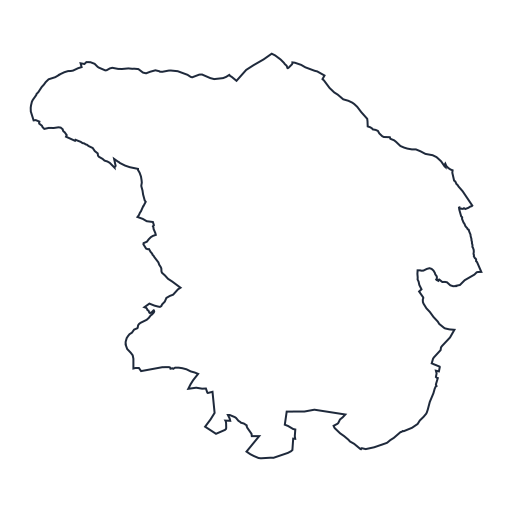 outline of Geaca, Cluj, Romania
{"feature_id": "2599482B49870683085634", "entity_name": "Geaca", "entity_type": "district", "adm_level": 2, "iso_a3": "ROU", "parent_name": "Romania", "parent_adm1": "Cluj", "projection": "mercator", "projection_center": [24.058, 46.874], "detail": "fine", "context": "isolated", "style": "outline", "palette": "slate", "viewbox_px": 512, "rotation_deg": 0, "n_neighbors": 0, "source": "geoboundaries", "source_scale": "gbopen_adm2", "svg_char_len": 5984}
<svg xmlns="http://www.w3.org/2000/svg" viewBox="0 0 512 512"><path d="M402.8,431.0L403.7,431.2L412.0,427.8L417.6,424.0L419.8,420.5L423.6,416.8L426.2,413.7L426.8,412.5L427.8,409.5L429.8,401.9L433.4,393.3L434.7,388.7L435.8,386.3L436.5,386.0L435.9,384.4L437.8,378.1L436.8,377.8L435.9,377.0L436.6,373.4L435.9,370.7L438.9,371.4L439.8,367.0L439.6,366.6L431.7,363.4L433.0,358.8L433.8,357.5L440.6,350.1L441.0,347.4L442.0,346.0L450.0,337.5L454.4,329.8L449.5,329.4L445.0,328.4L444.0,327.8L439.2,323.9L437.8,321.6L433.5,317.0L429.8,311.9L426.4,308.3L423.5,303.6L422.9,302.0L422.8,299.6L423.3,297.9L423.2,297.4L419.1,291.5L421.5,289.3L419.3,284.9L418.6,281.6L417.6,279.5L417.7,277.4L417.4,273.9L417.6,270.3L420.1,270.3L421.2,270.7L423.4,270.6L426.9,268.9L429.5,268.2L431.6,268.9L433.5,270.6L434.9,273.0L435.3,274.4L436.6,276.1L436.9,277.1L436.8,278.8L436.2,279.5L436.6,280.0L438.3,280.8L438.5,279.8L439.2,279.5L442.3,282.0L445.0,281.9L447.0,282.3L450.3,285.3L453.1,286.2L456.3,286.1L456.3,285.7L459.9,285.0L464.7,280.2L474.4,274.6L476.7,272.3L478.0,272.0L481.3,271.9L477.0,262.0L476.1,261.2L476.1,259.3L475.4,258.4L474.9,258.2L473.8,256.2L474.0,255.1L473.5,253.9L473.8,251.9L473.7,249.9L472.9,247.6L472.4,246.9L472.5,245.1L471.9,243.1L472.0,242.1L471.4,239.9L471.5,239.2L470.6,236.0L470.5,234.6L469.2,231.5L468.7,229.7L467.7,229.3L467.3,228.3L465.5,226.3L464.3,223.5L463.6,222.7L462.0,218.8L462.2,217.7L462.1,217.2L461.2,216.4L459.3,209.7L459.0,207.6L459.5,207.4L459.9,208.7L461.4,208.6L462.0,208.9L463.4,208.7L464.0,208.2L465.3,209.0L468.4,207.8L470.2,206.6L471.7,206.2L472.3,205.6L462.6,191.2L458.6,186.6L457.5,184.9L456.5,184.1L455.3,181.5L454.1,180.6L452.3,172.7L452.6,170.3L450.5,169.5L448.3,168.0L446.3,166.0L445.3,163.6L445.0,164.1L445.0,165.6L445.3,167.0L444.6,166.4L441.1,161.3L438.2,158.6L436.5,157.1L432.6,155.2L425.4,153.9L420.5,151.3L415.9,149.4L411.9,149.4L407.4,148.6L404.1,147.6L400.4,146.0L396.0,141.8L394.1,140.3L390.4,138.8L389.8,137.2L383.8,137.0L382.2,136.2L379.3,133.4L377.9,130.9L375.6,129.9L372.8,129.4L372.0,128.4L370.3,127.3L367.7,126.4L367.5,121.2L367.2,118.8L361.3,112.2L357.2,106.8L354.2,104.0L352.2,102.6L348.4,100.8L343.2,99.3L337.7,94.6L334.2,92.4L329.6,88.0L324.0,80.5L322.5,79.1L324.5,75.5L317.2,71.4L314.7,70.8L305.3,67.3L301.2,64.9L294.8,62.7L292.4,62.4L292.4,63.4L292.0,64.3L288.7,67.6L287.8,68.2L287.5,68.1L286.6,65.7L284.8,64.1L283.9,62.8L280.6,59.5L275.1,55.4L271.7,53.7L263.6,59.4L253.5,65.2L246.2,69.9L236.5,80.8L231.5,76.7L230.3,76.1L229.3,74.9L226.1,76.9L223.1,78.1L214.2,79.1L210.3,78.1L202.0,74.5L199.3,74.6L192.2,77.3L190.7,76.9L187.5,74.8L177.7,71.2L170.6,70.5L168.6,70.6L162.3,71.8L159.9,71.7L159.2,71.2L155.4,70.3L150.3,71.7L146.1,73.3L143.0,72.6L138.4,69.1L134.3,68.7L132.2,68.8L128.4,68.4L121.9,69.0L118.1,68.9L112.3,67.8L109.9,68.4L106.7,70.2L105.3,70.4L98.6,67.5L97.6,66.8L94.6,63.8L90.4,62.2L86.4,62.1L84.4,64.0L80.6,63.3L81.6,67.1L78.1,68.2L73.0,70.6L70.7,71.0L68.0,71.1L64.4,72.2L59.1,74.7L59.2,74.9L55.2,77.2L48.6,79.3L45.7,82.1L43.9,84.6L41.7,87.0L38.3,92.2L36.6,93.9L36.2,95.1L32.8,99.9L31.9,101.7L31.0,105.5L30.7,107.8L30.8,111.5L33.6,120.4L35.7,120.1L39.4,121.6L39.1,122.8L39.2,123.6L41.9,125.7L42.6,127.2L44.3,128.9L48.8,127.9L53.7,128.0L58.5,127.3L60.7,127.6L62.7,129.3L63.0,130.5L63.4,131.3L64.7,132.3L66.7,135.1L66.0,136.7L75.0,140.8L75.5,139.8L80.8,141.9L82.5,143.1L84.2,143.4L85.7,144.4L87.1,144.8L88.5,146.0L92.7,148.0L94.8,151.1L97.7,153.4L98.0,155.6L98.8,156.7L102.6,158.9L104.5,160.6L107.4,161.5L109.7,162.8L114.5,167.6L114.4,166.9L115.3,166.5L115.6,165.8L114.1,158.9L117.9,161.6L118.8,162.0L119.7,162.9L125.1,165.6L129.8,167.2L138.0,168.9L138.0,170.0L139.6,172.7L141.0,176.6L141.6,180.4L141.8,182.7L141.3,185.6L141.4,186.5L142.5,190.5L143.1,194.5L144.7,200.4L145.7,201.8L143.4,206.2L143.2,206.2L140.9,211.4L140.0,212.6L138.9,215.1L137.5,217.0L142.8,218.9L146.7,221.2L152.9,222.0L153.9,225.2L152.9,226.3L153.4,227.3L153.6,229.0L155.3,233.0L155.8,234.9L152.9,235.9L150.9,237.1L148.7,239.3L146.9,241.7L143.6,243.1L143.4,244.3L146.1,248.6L147.7,249.2L149.0,249.1L150.6,251.9L152.2,253.7L152.4,254.6L153.8,256.1L154.2,256.9L158.4,262.4L159.2,264.7L160.7,267.0L161.3,268.4L161.5,271.6L162.0,272.8L164.9,275.4L168.0,278.8L172.3,281.6L180.5,287.7L178.0,289.3L173.1,294.7L169.9,295.9L166.4,297.9L164.8,301.6L162.1,304.4L161.3,306.1L159.9,306.9L157.8,306.5L154.4,305.6L149.4,303.6L144.4,307.2L146.1,307.8L146.9,308.7L147.5,310.1L148.5,310.6L149.3,312.6L150.0,313.1L151.9,312.1L153.6,310.3L153.9,310.4L154.2,311.5L153.8,312.5L152.1,314.4L150.7,315.4L148.8,317.9L146.7,319.8L140.6,322.8L139.1,323.9L138.1,325.3L137.7,327.6L137.4,328.2L134.1,329.6L131.9,332.7L129.5,334.2L128.0,336.1L126.7,338.1L125.7,341.6L125.6,342.7L125.8,344.2L125.6,344.2L125.6,344.6L127.2,349.0L130.8,352.8L132.7,355.3L133.4,358.8L133.4,368.5L135.4,368.0L138.9,368.0L141.1,371.1L162.3,367.2L168.9,367.1L170.2,367.6L170.5,368.7L172.6,368.3L173.2,368.8L175.1,367.7L178.9,367.7L182.3,368.2L186.5,369.3L190.7,371.4L194.7,372.5L198.1,373.9L193.2,380.1L190.5,384.4L188.3,388.8L196.2,387.7L202.2,388.7L205.9,388.5L207.3,392.6L207.8,393.0L212.5,391.8L214.6,412.9L210.5,419.5L205.1,426.7L216.0,433.8L225.0,429.9L226.0,428.9L226.2,427.9L226.1,423.4L225.8,421.3L225.4,420.6L230.2,420.8L229.6,418.4L227.9,415.0L229.7,415.0L234.8,417.1L236.1,418.0L238.4,420.8L240.3,422.0L240.9,422.7L243.8,423.5L246.7,425.4L246.7,426.4L247.3,427.8L251.5,433.8L251.8,436.1L259.2,436.1L246.5,451.6L250.3,454.2L253.8,456.0L258.5,458.0L260.8,458.3L270.7,457.7L273.5,457.8L287.9,452.9L291.1,451.2L292.4,450.0L293.2,438.6L295.2,438.8L294.8,436.1L295.3,429.5L293.1,429.0L288.1,426.0L284.8,424.7L286.7,411.6L304.6,411.5L314.4,409.7L345.3,414.5L342.8,417.2L340.0,419.5L338.2,423.1L337.4,423.8L333.6,425.8L334.0,426.8L334.7,428.1L340.1,433.3L344.1,436.1L348.4,439.7L350.0,441.5L354.1,443.8L360.5,449.1L361.0,449.2L361.4,448.3L361.8,448.2L365.7,449.1L374.1,447.3L386.0,443.2L387.2,442.7L390.3,440.1L393.8,437.9L400.5,432.1L401.5,431.9L402.8,431.0Z" fill="none" stroke="#1e293b" stroke-width="2"/></svg>